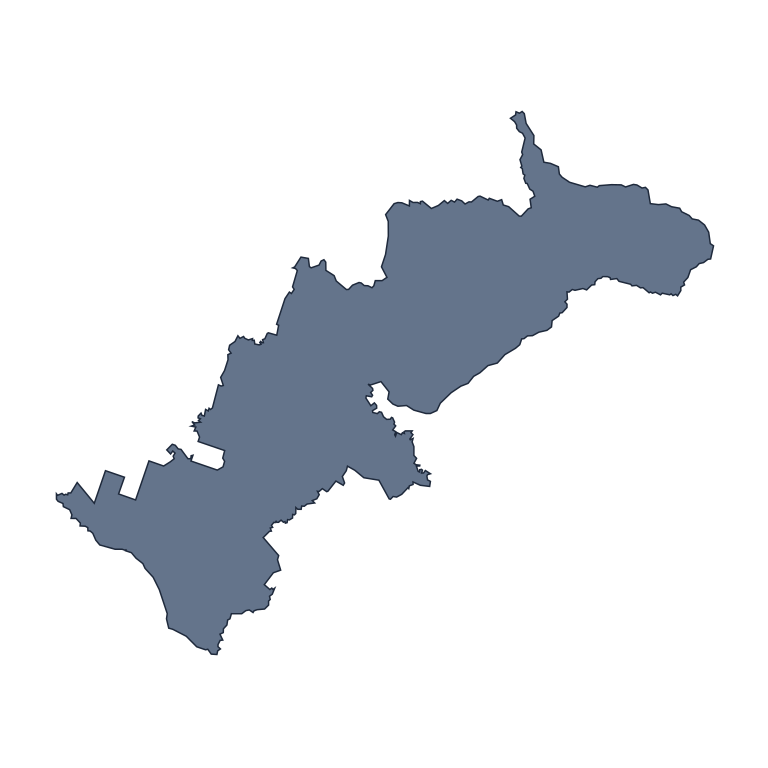 outline of Carterton District, Wellington, New Zealand, rotated 94°
{"feature_id": "76426892B89020441057678", "entity_name": "Carterton District", "entity_type": "district", "adm_level": 2, "iso_a3": "NZL", "parent_name": "New Zealand", "parent_adm1": "Wellington", "projection": "orthographic", "projection_center": [175.614, -41.054], "detail": "fine", "context": "isolated", "style": "filled", "palette": "slate", "viewbox_px": 768, "rotation_deg": 94, "n_neighbors": 0, "source": "geoboundaries", "source_scale": "gbopen_adm2", "svg_char_len": 6148}
<svg xmlns="http://www.w3.org/2000/svg" viewBox="0 0 768 768"><g transform="rotate(94 384 384)"><path d="M236.5,66.9L223.2,64.9L221.2,68.3L209.9,70.7L203.0,75.3L198.6,81.7L197.8,88.1L194.6,91.3L191.4,99.1L188.0,101.3L187.1,109.5L184.7,115.3L185.9,122.7L185.5,130.9L172.0,134.2L169.6,136.9L170.5,140.3L167.8,145.6L167.5,149.1L170.6,156.8L168.8,161.2L169.3,171.0L171.1,183.1L172.8,184.9L171.4,192.4L173.3,197.0L169.8,213.0L165.3,220.8L162.3,223.7L155.1,225.2L152.3,233.3L151.6,240.0L139.5,243.6L134.1,251.4L125.7,251.8L114.1,260.4L104.5,262.9L102.5,265.2L104.4,267.8L103.2,271.3L106.4,271.5L110.1,276.4L113.2,272.0L116.4,269.8L119.6,269.5L122.8,266.6L124.2,263.3L128.8,260.4L143.0,262.8L145.5,261.7L150.7,264.0L157.0,261.7L158.5,262.7L159.4,261.1L164.7,259.9L165.8,258.1L169.1,258.8L173.9,256.6L174.0,255.1L179.4,252.2L181.3,248.8L186.2,246.7L189.5,251.2L197.9,249.4L199.2,252.4L207.0,258.7L207.1,260.8L198.4,272.0L197.1,277.5L191.9,279.5L193.8,283.7L191.4,291.9L193.2,292.9L189.9,301.3L190.4,303.2L196.3,309.4L196.4,312.0L198.8,315.7L195.9,319.2L194.5,324.0L197.6,326.3L196.1,329.8L199.4,333.1L196.8,336.6L202.1,342.2L205.6,349.0L198.9,358.4L199.5,360.4L201.6,360.3L200.5,363.3L200.9,367.7L199.1,371.4L204.6,371.1L202.0,378.8L202.0,382.8L203.4,386.5L214.9,394.2L221.5,391.1L236.2,390.0L254.7,391.5L267.3,394.7L277.4,388.5L281.0,393.1L281.5,399.9L286.8,401.0L288.8,402.7L287.1,406.9L287.2,410.6L284.8,413.8L284.5,416.0L287.6,422.3L292.1,425.9L292.4,428.1L284.6,438.8L279.4,441.3L274.7,449.9L266.5,450.6L264.2,452.6L265.7,455.3L269.9,457.1L273.2,464.8L272.1,466.6L264.0,468.2L263.2,475.7L273.5,481.3L274.5,483.1L275.0,480.3L276.9,478.4L293.5,482.0L295.9,480.2L300.2,482.7L298.9,484.8L305.7,488.7L331.9,495.3L332.8,493.2L342.8,494.4L341.0,502.9L341.7,504.0L347.2,506.0L348.2,508.2L351.2,507.2L351.4,508.7L350.1,509.9L351.2,510.8L353.0,509.5L353.7,511.2L353.1,515.7L349.4,516.5L349.7,518.4L347.9,518.3L349.5,522.4L348.1,526.1L346.4,527.4L348.5,530.9L346.1,533.1L352.0,535.6L356.1,540.7L360.7,541.4L363.9,538.7L365.6,541.8L370.7,541.3L381.7,544.0L388.8,547.4L396.7,544.2L397.4,546.3L396.4,549.1L419.9,553.5L421.5,555.3L420.4,556.8L423.1,557.4L421.8,560.2L428.5,561.0L428.0,563.4L425.8,564.5L428.9,567.1L430.8,567.1L431.5,564.8L433.4,566.5L434.9,564.3L436.0,570.2L434.9,573.0L438.1,570.0L439.5,573.3L440.1,568.7L444.1,570.1L444.0,567.2L449.8,564.3L454.3,565.4L461.5,538.3L469.2,539.7L472.2,537.6L477.9,538.8L481.5,544.3L474.3,571.2L468.4,569.6L469.0,571.4L472.0,571.5L472.2,574.4L463.4,581.9L463.1,584.8L459.7,587.9L458.9,591.0L464.9,596.1L468.7,592.0L465.6,590.0L467.5,587.6L470.7,589.3L473.2,588.1L476.5,591.7L481.2,598.1L477.1,613.1L517.0,623.7L512.2,641.1L495.1,636.4L489.9,655.8L523.2,664.7L503.7,683.2L514.5,688.8L514.7,691.5L516.6,691.8L516.2,693.9L517.2,695.4L515.6,697.6L517.8,701.8L516.4,703.1L521.8,702.7L523.8,700.9L525.6,695.9L528.7,695.3L531.3,688.8L536.3,686.2L539.9,686.8L539.6,681.8L543.9,677.2L546.8,677.3L546.7,672.1L547.9,669.5L551.1,669.1L551.2,666.8L553.2,664.1L559.9,660.6L564.4,656.3L567.6,640.7L567.1,633.7L568.0,630.3L567.5,630.0L567.0,629.4L568.4,630.1L569.9,624.2L575.1,619.2L580.0,612.0L584.6,609.5L592.9,600.8L604.8,593.8L628.2,584.2L633.4,584.6L642.6,581.7L643.4,577.7L649.4,563.7L659.2,552.5L661.6,543.4L660.9,541.3L665.5,537.5L665.5,531.8L661.8,531.3L659.7,528.7L657.6,531.3L655.5,531.4L651.2,529.6L650.7,527.0L645.0,530.2L643.2,527.0L639.4,527.1L635.4,523.9L630.3,523.5L629.0,521.3L623.8,520.2L623.1,509.9L619.7,506.0L618.8,502.6L621.1,498.7L619.3,497.8L618.0,494.8L616.8,487.4L612.6,483.7L608.6,484.0L606.9,482.5L603.7,483.4L601.5,480.8L595.3,478.8L596.7,480.5L595.4,481.7L597.0,483.5L592.5,489.4L580.0,481.2L576.9,474.1L566.7,478.0L562.5,477.1L545.6,493.8L538.9,487.9L538.6,486.1L535.6,487.4L534.8,485.1L532.8,486.4L529.7,484.2L529.9,483.0L528.5,482.1L529.5,481.3L529.3,479.5L527.0,477.2L528.9,474.7L528.2,473.2L529.7,472.7L529.1,471.0L526.0,470.7L526.2,468.9L524.1,465.9L520.5,466.0L520.8,464.2L519.4,463.0L513.4,463.3L515.0,461.3L514.8,457.9L511.5,457.6L511.5,455.0L509.1,452.3L507.5,444.9L505.3,447.4L503.2,443.0L498.9,440.9L495.7,442.9L495.8,441.3L492.7,438.2L495.4,433.6L494.8,432.4L484.2,425.2L487.9,417.6L485.5,416.4L479.2,419.1L473.2,415.6L468.5,414.7L472.1,407.1L478.9,397.6L480.3,382.4L498.3,370.8L498.5,369.5L495.6,367.1L495.9,363.5L492.8,358.6L485.7,352.8L486.6,352.0L483.8,351.6L482.2,348.0L479.7,348.2L482.5,340.7L483.0,331.3L477.9,330.9L476.6,333.9L472.8,334.8L471.4,334.3L470.3,331.4L467.4,336.7L470.0,338.3L470.2,340.3L467.3,339.6L466.5,340.6L467.0,342.4L469.3,342.4L468.8,343.8L463.6,346.0L463.3,342.7L462.5,342.6L462.3,346.4L461.0,348.6L455.9,346.3L453.2,349.2L444.4,349.8L439.8,351.9L436.3,351.2L437.8,353.9L437.1,354.4L432.5,351.6L430.7,353.7L428.8,352.6L429.3,359.4L430.2,360.7L431.9,360.2L431.3,362.2L433.3,363.2L431.5,367.9L435.3,368.9L433.9,369.8L430.8,368.9L429.2,372.1L425.0,369.4L423.3,371.3L421.3,370.8L417.2,373.0L416.8,374.2L418.7,375.3L419.1,378.9L416.7,382.2L412.4,384.5L412.0,386.7L414.0,388.6L413.2,393.2L411.4,393.6L408.6,389.6L405.9,389.9L403.5,392.3L406.6,395.6L399.3,401.1L397.0,400.8L397.6,395.4L396.0,394.6L393.4,396.7L391.1,394.6L389.2,395.1L385.3,399.9L385.9,397.3L381.8,387.2L391.5,378.4L398.8,379.2L403.4,373.7L405.2,368.6L403.9,360.0L408.0,352.4L410.5,340.1L410.2,335.7L406.8,329.4L399.2,326.5L388.0,316.4L380.8,307.2L377.5,300.2L370.1,295.1L366.1,289.1L358.4,281.6L355.2,272.4L346.3,265.5L339.2,255.3L335.3,251.3L329.4,249.8L329.0,247.5L326.0,244.2L325.4,239.2L321.5,233.1L319.1,225.2L315.4,220.9L309.0,220.7L304.1,214.5L301.0,213.6L300.4,211.2L294.9,206.8L291.6,207.0L289.4,209.3L286.6,206.9L279.3,207.9L279.4,205.8L276.6,202.8L277.2,200.0L274.9,192.2L276.0,188.4L270.8,183.8L270.2,180.7L267.3,180.6L264.0,178.0L263.4,174.9L261.6,173.3L261.3,168.5L262.1,165.9L263.9,165.3L262.6,159.1L265.2,156.7L267.3,144.9L268.8,143.5L268.0,138.9L270.2,134.9L269.8,132.3L274.5,125.9L273.6,124.6L274.7,122.5L273.5,119.6L275.8,114.4L274.0,112.8L275.1,105.2L274.0,103.9L275.6,101.9L274.2,99.2L275.6,97.3L270.1,94.4L266.7,94.7L264.2,91.1L261.5,92.2L256.6,88.3L248.6,86.1L245.3,80.6L241.9,78.0L240.6,73.7L237.0,69.6L236.5,66.9Z" fill="#64748b" stroke="#1e293b" stroke-width="1.5"/></g></svg>